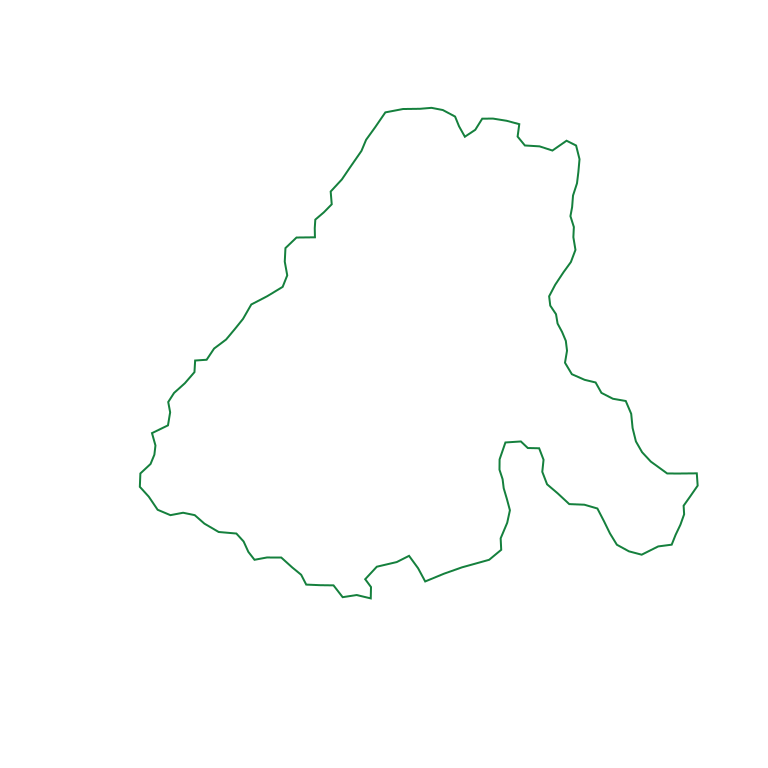 outline of Doresópolis, Minas Gerais, Brazil, rotated 249°
{"feature_id": "56859067B32134422354476", "entity_name": "Doresópolis", "entity_type": "district", "adm_level": 2, "iso_a3": "BRA", "parent_name": "Brazil", "parent_adm1": "Minas Gerais", "projection": "equal_earth", "projection_center": [-45.895, -20.285], "detail": "fine", "context": "isolated", "style": "outline", "palette": "green", "viewbox_px": 768, "rotation_deg": 249, "n_neighbors": 0, "source": "geoboundaries", "source_scale": "gbopen_adm2", "svg_char_len": 2038}
<svg xmlns="http://www.w3.org/2000/svg" viewBox="0 0 768 768"><g transform="rotate(249 384 384)"><path d="M130.9,595.0L138.7,602.2L146.4,610.3L154.8,617.5L163.0,620.1L169.4,629.7L176.7,640.4L188.5,644.0L194.9,626.8L199.0,616.3L206.4,611.5L215.9,605.3L227.8,600.5L240.1,598.6L253.8,600.3L267.6,604.1L281.5,603.6L288.2,592.4L297.8,583.8L309.6,582.1L316.0,572.8L325.8,562.9L339.0,560.6L349.5,566.8L359.1,569.2L368.8,568.9L378.2,567.7L387.5,569.6L397.6,567.3L406.7,569.6L415.3,579.4L424.0,591.6L430.9,602.2L440.6,610.8L453.2,613.4L462.5,617.5L473.9,618.2L481.7,623.0L492.2,628.0L502.2,636.1L512.2,641.4L523.8,647.1L537.8,648.8L545.7,641.6L541.6,624.9L550.1,614.4L556.2,601.0L567.1,597.4L578.1,603.4L585.8,592.8L592.7,580.9L596.5,570.8L588.6,560.3L585.9,548.1L597.7,546.4L608.2,546.2L618.7,537.1L624.8,527.3L628.0,516.3L633.9,500.3L637.1,482.6L626.9,467.8L618.4,454.8L609.7,446.5L597.9,429.2L590.1,418.0L582.8,403.2L570.5,399.6L565.8,389.3L562.1,378.8L554.3,375.2L545.7,372.1L552.1,354.8L546.2,340.7L533.8,335.2L520.1,332.6L511.0,324.2L507.8,306.3L505.8,288.6L495.3,275.7L488.9,264.7L482.1,252.5L478.0,238.1L470.2,227.1L473.6,216.1L463.0,211.3L456.1,198.4L450.9,184.8L444.5,176.1L434.2,174.2L422.8,167.5L421.3,149.8L408.5,148.6L400.3,144.3L393.0,137.4L387.8,124.5L375.5,119.2L363.2,124.0L347.7,127.6L338.1,137.6L335.8,150.3L329.4,160.3L318.0,166.3L305.1,176.6L297.3,192.6L287.3,196.5L275.9,197.2L266.3,200.1L264.0,212.5L258.8,225.9L245.6,232.6L235.6,238.3L224.6,239.5L219.1,252.2L214.1,264.7L199.8,269.0L196.8,282.8L188.6,294.8L199.1,299.1L208.5,296.5L216.0,311.8L213.2,332.1L214.6,345.8L199.8,349.8L184.9,351.7L185.4,372.1L184.9,391.0L183.4,406.5L182.2,419.2L187.2,434.0L198.1,437.6L210.3,449.3L221.0,456.3L232.4,457.5L243.8,458.4L252.6,460.6L262.6,461.1L272.2,464.9L285.9,476.4L281.3,491.2L272.7,495.3L268.4,505.8L256.1,505.8L245.3,500.3L231.9,500.3L219.6,507.0L205.5,513.9L199.5,527.8L191.3,538.6L177.0,540.2L163.5,541.4L150.5,543.8L140.0,552.7L132.3,563.4L134.1,581.8L130.9,595.0Z" fill="none" stroke="#15803d" stroke-width="2"/></g></svg>